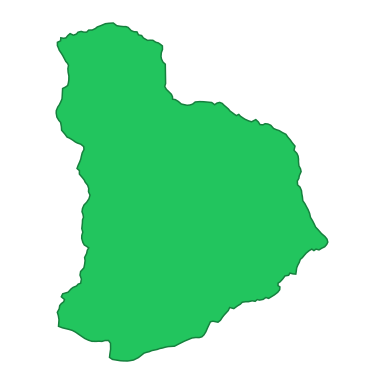 outline of Itatinga, São Paulo, Brazil
{"feature_id": "56859067B26400224178841", "entity_name": "Itatinga", "entity_type": "district", "adm_level": 2, "iso_a3": "BRA", "parent_name": "Brazil", "parent_adm1": "São Paulo", "projection": "orthographic", "projection_center": [-48.634, -23.143], "detail": "fine", "context": "isolated", "style": "filled", "palette": "green", "viewbox_px": 384, "rotation_deg": 0, "n_neighbors": 0, "source": "geoboundaries", "source_scale": "gbopen_adm2", "svg_char_len": 3730}
<svg xmlns="http://www.w3.org/2000/svg" viewBox="0 0 384 384"><path d="M277.7,292.3L279.7,289.7L279.9,286.9L278.0,285.6L278.1,283.1L280.1,281.8L282.6,279.1L285.0,275.9L288.6,275.3L289.9,273.1L293.0,273.9L295.8,274.1L296.2,271.6L296.7,267.8L297.9,264.9L299.2,262.5L300.3,259.4L302.3,257.7L304.1,255.5L306.2,253.1L309.1,250.7L311.8,249.1L313.9,250.6L316.0,249.1L319.0,249.9L321.8,248.2L324.7,246.8L326.7,244.5L327.8,242.1L327.0,239.1L324.9,236.5L321.4,233.5L318.0,229.6L315.6,227.1L314.2,224.0L312.4,220.5L310.5,217.4L309.6,213.4L308.1,209.7L306.4,206.6L304.9,203.7L302.8,200.7L302.4,196.8L301.8,193.7L301.5,190.7L300.0,187.1L297.6,184.9L297.3,181.0L298.8,178.5L299.3,175.7L301.1,171.6L300.5,168.8L298.9,165.8L298.5,161.7L298.5,159.0L298.1,156.1L296.9,153.4L294.0,150.3L295.0,146.1L292.1,142.6L290.4,140.1L287.8,137.1L285.9,134.3L282.3,132.5L279.2,130.6L276.4,129.7L273.6,128.5L270.8,125.3L267.9,124.0L265.1,123.7L263.0,124.8L260.0,124.6L258.3,121.9L255.8,119.6L251.5,121.8L248.2,120.7L244.9,119.2L242.9,117.9L240.4,116.2L238.8,114.4L236.3,115.6L233.5,113.6L230.0,111.0L228.4,109.0L225.9,106.8L224.1,105.3L222.2,103.4L219.7,102.4L216.9,103.1L214.7,104.7L211.7,102.5L207.6,102.1L203.1,101.7L199.5,101.6L195.2,102.0L192.6,104.1L189.9,105.0L187.1,105.3L184.9,104.8L181.3,104.0L178.4,101.5L175.3,99.6L172.6,99.2L172.5,96.8L171.4,94.3L169.1,92.0L166.4,89.4L164.7,86.4L165.6,83.6L165.3,64.2L163.0,62.1L161.5,59.1L161.0,56.5L161.3,52.8L162.5,49.4L162.4,45.9L160.4,44.3L158.3,42.9L155.7,42.2L152.9,40.3L149.9,40.2L147.6,40.4L143.4,38.0L141.6,35.5L138.5,34.9L137.0,31.9L133.9,31.7L131.2,30.6L128.1,27.4L125.9,26.6L123.4,26.6L120.5,26.3L116.8,25.7L113.3,23.0L108.7,23.3L105.4,23.7L100.9,25.6L97.2,27.0L95.4,28.5L92.3,30.0L88.7,30.1L86.6,32.2L83.5,32.1L81.2,31.4L78.0,32.2L76.5,34.0L73.4,35.2L70.1,33.6L67.9,35.5L65.9,37.9L63.5,38.3L60.8,37.8L60.6,40.8L57.4,42.3L57.4,45.6L58.4,47.9L59.3,50.3L61.6,53.7L62.8,55.7L64.5,58.9L65.8,61.4L67.5,63.3L68.5,65.4L67.9,68.6L68.1,72.1L68.9,76.1L68.8,80.0L68.4,82.7L67.7,85.5L65.4,87.1L62.6,88.5L62.2,96.3L62.0,98.9L60.7,102.0L59.2,105.0L57.8,107.0L56.3,110.6L56.2,113.1L56.9,117.1L58.8,120.3L60.6,122.4L61.4,126.8L61.6,130.2L64.9,134.1L67.1,137.1L69.3,138.0L72.6,140.0L75.2,141.9L77.3,143.0L80.8,144.2L83.7,146.6L84.0,149.5L82.2,152.9L81.3,156.5L80.8,159.0L79.8,161.7L78.1,165.5L77.0,168.5L79.4,170.6L79.4,174.1L82.2,177.4L84.1,179.8L85.3,182.3L87.6,185.2L88.7,188.4L88.5,191.7L90.0,195.1L89.0,198.7L86.7,202.2L84.0,205.0L82.5,208.5L82.0,211.7L82.9,214.1L83.5,217.3L82.5,219.8L82.4,223.0L81.8,228.6L82.8,232.2L81.8,235.4L81.7,238.4L82.9,242.5L84.3,245.0L86.5,246.3L88.7,247.9L87.3,250.2L86.6,253.5L84.6,257.5L85.1,260.6L84.6,264.3L83.9,267.8L80.6,271.5L80.0,275.1L81.4,279.1L80.6,283.3L78.2,284.1L76.5,286.0L73.1,287.4L71.1,288.9L68.1,292.2L62.7,293.8L61.3,296.8L64.5,299.5L63.7,301.8L61.3,303.6L59.7,305.6L59.2,308.8L57.3,312.3L58.3,315.5L59.0,319.8L58.5,326.3L62.4,327.8L69.0,329.4L72.3,330.4L75.3,332.0L84.8,338.5L88.5,340.2L91.9,341.3L96.1,341.4L98.7,341.2L101.9,341.4L105.0,340.5L108.5,340.5L110.5,343.2L110.6,349.2L109.9,354.0L109.5,357.4L112.4,359.4L120.2,360.7L123.5,360.9L127.5,361.0L130.3,360.6L133.6,360.0L138.4,357.6L144.1,353.1L146.6,352.3L149.2,351.7L151.8,350.6L157.4,349.4L159.8,348.5L162.5,348.0L165.2,347.2L168.1,346.6L174.5,346.2L179.1,343.8L184.5,341.1L192.0,338.0L195.7,337.5L199.2,337.6L201.9,336.8L203.9,334.9L205.8,331.9L207.7,327.5L210.4,321.8L212.9,321.2L218.0,322.2L220.4,320.3L222.5,317.1L224.0,315.2L228.2,310.6L229.7,307.5L233.8,308.6L237.6,305.8L240.3,304.2L242.3,302.2L245.8,301.7L248.5,301.7L252.2,300.8L255.2,301.3L257.2,299.6L259.5,300.1L263.1,299.4L265.9,297.5L268.6,298.4L271.1,296.9L274.5,294.8L277.7,292.3Z" fill="#22c55e" stroke="#15803d" stroke-width="1.5"/></svg>